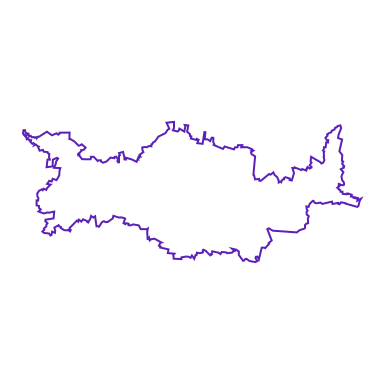 San Pelayo, Córdoba, Colombia (Mercator projection)
{"feature_id": "7082276B81203589950086", "entity_name": "San Pelayo", "entity_type": "district", "adm_level": 2, "iso_a3": "COL", "parent_name": "Colombia", "parent_adm1": "Córdoba", "projection": "mercator", "projection_center": [-75.907, 8.989], "detail": "fine", "context": "isolated", "style": "outline", "palette": "violet", "viewbox_px": 384, "rotation_deg": 0, "n_neighbors": 0, "source": "geoboundaries", "source_scale": "gbopen_adm2", "svg_char_len": 5968}
<svg xmlns="http://www.w3.org/2000/svg" viewBox="0 0 384 384"><path d="M69.5,228.2L77.0,220.5L78.2,221.7L79.0,219.7L81.3,221.6L83.1,219.3L87.2,221.1L87.3,222.0L88.2,222.5L90.4,218.5L91.1,215.9L93.2,217.5L95.1,216.3L96.5,226.3L97.6,226.1L99.0,226.8L102.0,222.1L103.9,221.2L105.5,222.1L107.6,222.0L112.7,218.5L113.4,215.8L118.6,217.5L121.4,217.4L124.6,218.2L125.1,218.6L123.5,223.1L125.3,224.2L126.0,223.2L128.6,223.7L128.5,225.2L130.5,225.4L133.0,224.4L138.8,225.4L140.7,229.1L146.7,229.2L147.8,228.5L147.2,231.9L147.6,239.0L148.3,238.9L149.1,237.7L149.7,240.4L151.4,239.1L154.5,238.7L161.4,242.5L160.4,242.7L158.9,245.7L160.5,246.4L160.1,247.5L168.5,249.4L167.8,253.1L174.4,253.7L173.3,254.9L173.7,258.7L181.4,259.1L181.4,257.4L186.2,256.5L188.7,256.8L190.6,257.8L191.9,255.5L194.2,258.8L195.6,255.0L196.5,255.1L196.9,252.7L199.1,253.2L202.3,252.7L203.0,252.2L202.7,250.5L203.3,249.7L205.6,250.7L210.2,255.4L211.5,254.6L210.9,254.3L211.9,253.0L212.2,251.3L218.5,252.7L220.4,254.1L221.7,252.0L226.3,252.4L227.0,253.2L232.2,252.6L233.7,251.0L235.8,250.8L233.6,250.2L232.0,248.7L236.3,249.7L238.8,251.5L238.8,254.9L243.1,260.8L243.8,260.8L245.2,259.1L246.4,258.8L249.5,261.0L255.4,262.1L257.3,261.0L255.5,258.3L255.8,256.8L257.4,256.6L258.9,259.4L261.7,247.7L264.1,247.6L265.1,248.2L269.1,243.9L268.6,243.1L271.7,240.5L267.3,229.2L268.7,228.3L272.9,230.7L296.8,232.4L299.7,230.1L304.4,228.6L305.0,227.9L305.0,225.0L306.2,223.8L308.1,223.2L307.9,218.3L308.8,216.4L308.4,215.6L306.8,214.7L306.5,212.0L307.6,210.7L306.7,209.1L306.4,206.4L308.6,206.9L309.6,204.0L312.8,200.8L313.5,200.9L314.6,202.7L316.2,203.3L320.5,202.6L322.3,203.9L332.0,201.6L332.5,204.0L338.3,202.8L338.7,203.2L338.4,203.9L339.5,204.3L341.1,202.3L345.5,203.2L345.5,203.6L357.2,206.9L358.4,206.1L359.6,201.1L361.0,198.7L357.4,200.6L358.1,198.2L356.1,197.6L355.9,198.4L354.5,198.1L353.5,197.7L353.8,197.1L350.9,196.5L351.8,194.8L348.1,193.5L347.9,194.1L346.6,193.7L346.4,194.3L342.6,193.8L342.5,191.8L340.6,191.8L340.3,190.1L339.3,189.9L338.4,188.9L338.6,188.4L337.3,187.7L340.1,185.4L339.5,185.0L338.0,186.0L339.0,185.2L338.9,183.9L339.5,184.0L339.5,184.7L343.0,185.2L344.0,184.8L344.1,184.0L343.8,182.3L342.2,180.2L341.4,176.3L343.4,172.2L340.8,169.2L343.2,168.0L343.3,167.2L343.9,167.4L344.2,166.2L342.1,163.7L343.2,161.5L341.9,160.9L342.3,155.1L339.4,151.3L342.1,139.5L338.0,138.0L338.5,135.0L341.2,128.0L340.3,125.4L337.5,126.1L336.7,127.4L335.2,127.6L334.5,129.5L331.7,130.8L331.3,132.2L328.6,133.3L328.2,132.7L328.4,133.5L327.6,134.4L326.9,133.6L327.5,135.7L325.4,137.9L326.9,140.2L328.2,140.2L328.0,142.5L326.2,142.4L325.7,147.2L324.0,147.2L323.8,149.3L323.0,150.6L324.3,151.7L323.7,152.9L324.1,156.1L323.6,156.7L324.4,160.2L323.1,162.8L321.4,163.5L320.4,162.2L311.1,156.8L310.6,161.6L311.5,162.5L309.7,165.3L311.6,167.0L311.4,167.6L310.7,167.3L309.7,168.6L307.5,167.0L306.2,169.3L306.7,169.4L306.3,170.6L302.2,169.0L301.5,170.1L294.6,167.4L294.5,168.1L292.4,168.0L294.0,173.1L291.8,180.5L289.6,180.0L289.9,178.6L285.5,177.2L284.1,177.9L284.1,179.3L282.5,179.5L281.4,181.6L281.3,181.2L278.7,182.5L278.6,180.4L277.1,177.0L274.6,175.0L273.4,172.4L270.5,174.7L269.1,174.0L261.0,180.7L259.4,180.8L259.1,178.9L255.1,179.4L253.9,174.8L253.4,174.7L255.1,156.3L251.6,154.2L250.9,152.2L253.2,150.7L252.2,150.4L252.8,150.1L252.1,149.2L247.1,147.2L242.0,147.3L242.4,146.8L241.3,146.7L242.1,145.1L237.9,145.2L237.5,147.3L234.9,147.4L234.0,149.4L224.6,146.5L223.0,148.9L213.7,145.0L214.3,144.2L213.3,142.2L213.3,137.8L211.7,137.7L210.2,141.1L207.5,139.3L204.7,139.3L205.4,132.2L204.4,132.1L202.6,143.8L197.3,143.2L198.6,139.8L196.8,138.9L196.6,140.0L190.8,138.5L191.4,136.4L189.9,135.9L190.0,134.2L187.1,131.7L188.3,125.4L184.8,125.0L185.4,126.1L184.3,131.6L179.4,128.6L178.6,130.8L177.8,131.5L172.9,130.3L174.0,128.1L174.0,121.9L166.6,122.7L169.3,128.8L167.6,129.8L165.5,133.1L158.4,136.6L155.0,141.4L153.0,142.5L152.4,144.0L151.4,144.3L151.4,146.3L148.9,146.0L146.9,147.3L145.3,147.0L142.3,147.4L142.4,150.1L143.4,152.1L139.6,154.8L140.5,156.6L139.1,156.5L139.1,157.6L138.4,157.3L137.7,159.0L138.1,159.6L137.5,159.6L136.6,161.8L131.7,159.4L125.7,157.7L125.9,159.5L124.4,159.4L124.5,157.8L123.0,151.9L119.0,153.1L119.9,155.2L119.0,155.6L119.0,162.3L118.3,162.4L117.4,161.3L117.9,159.0L116.1,156.6L114.5,157.0L114.4,158.2L110.5,157.6L106.5,161.5L103.0,162.7L100.9,161.4L100.9,160.3L98.2,160.3L97.7,161.0L93.7,156.8L91.0,156.8L91.3,157.6L90.4,159.3L82.1,159.2L79.4,155.7L78.3,155.4L78.0,154.4L79.2,154.0L78.7,153.4L81.4,151.1L81.1,150.2L83.9,149.7L85.6,147.6L81.7,144.3L79.6,145.6L78.5,145.6L74.6,141.6L70.5,139.1L69.4,139.1L69.6,132.6L59.6,132.7L59.6,133.7L58.2,134.7L56.5,133.3L51.9,135.3L46.9,131.7L38.7,136.9L37.7,136.9L37.2,137.6L37.2,137.0L35.8,137.6L35.3,137.3L34.8,137.8L33.7,137.0L31.8,137.3L30.8,135.9L29.1,136.5L28.5,133.7L27.2,134.1L26.9,133.3L25.9,133.4L25.0,130.1L23.5,130.1L23.0,133.2L23.7,134.8L24.5,134.7L25.3,135.8L26.2,135.9L25.5,136.6L26.3,137.1L26.7,139.1L27.8,138.4L28.3,139.5L29.7,139.8L29.8,140.7L31.0,140.4L30.6,142.0L32.3,143.8L33.5,143.1L34.1,143.5L34.6,144.5L34.2,145.3L35.9,144.5L37.5,146.1L38.9,146.6L38.3,147.6L39.6,150.7L42.9,149.9L43.6,151.7L47.6,152.1L48.0,153.3L49.3,153.9L49.0,157.0L49.8,159.6L47.5,159.6L46.6,167.2L52.6,166.4L52.9,159.6L57.1,157.8L58.1,158.6L56.1,161.6L55.7,164.1L54.0,167.8L60.3,168.1L59.6,170.3L59.2,175.5L56.5,180.1L52.6,178.8L51.7,181.5L49.3,180.8L47.1,183.9L50.6,184.6L47.0,188.1L46.3,189.9L43.8,188.7L42.7,190.2L42.0,189.3L39.0,190.8L37.2,193.6L37.4,196.3L38.4,198.1L38.1,200.6L36.6,200.4L36.6,205.4L38.9,205.9L39.0,208.0L40.7,209.4L38.5,211.5L44.0,213.5L47.1,212.5L49.0,212.7L54.2,211.6L53.6,218.4L45.5,219.7L45.3,221.2L47.5,223.2L46.4,224.6L46.3,226.4L43.9,228.5L44.3,229.8L42.4,231.5L43.9,232.9L49.0,233.5L50.4,235.5L51.5,234.9L52.1,231.6L54.9,232.8L55.2,230.8L54.4,227.6L58.6,225.2L59.0,226.3L60.9,227.0L60.7,227.9L64.1,230.1L67.1,230.4L68.0,229.9L70.1,231.4L70.7,229.9L69.9,229.5L69.5,228.2Z" fill="none" stroke="#5b21b6" stroke-width="2"/></svg>